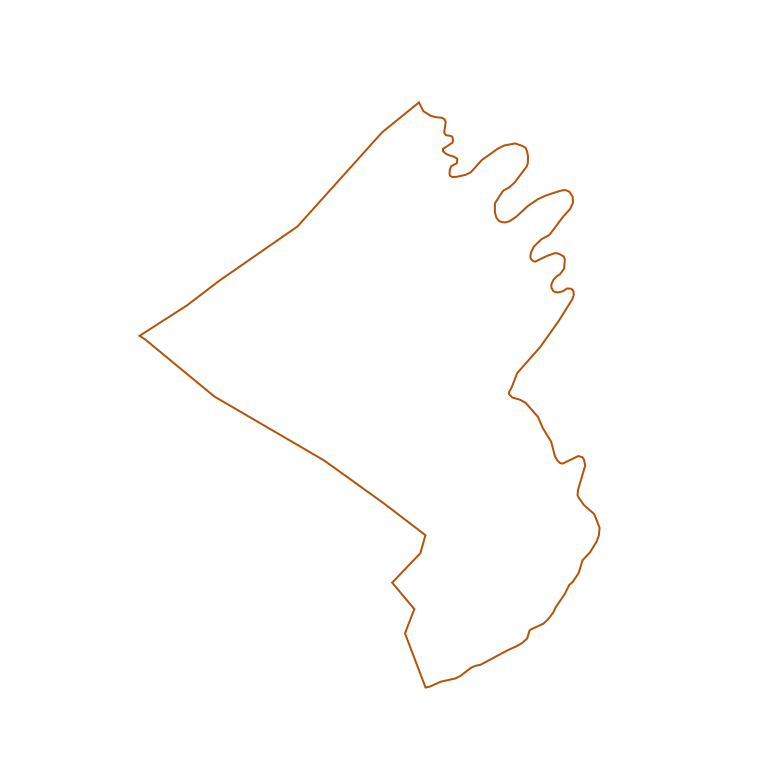 outline of Morgan, West Virginia, United States of America, rotated 106°
{"feature_id": "52423323B26366836110936", "entity_name": "Morgan", "entity_type": "district", "adm_level": 2, "iso_a3": "USA", "parent_name": "United States of America", "parent_adm1": "West Virginia", "projection": "mercator", "projection_center": [-78.31, 39.544], "detail": "fine", "context": "isolated", "style": "outline", "palette": "amber", "viewbox_px": 768, "rotation_deg": 106, "n_neighbors": 0, "source": "geoboundaries", "source_scale": "gbopen_adm2", "svg_char_len": 2122}
<svg xmlns="http://www.w3.org/2000/svg" viewBox="0 0 768 768"><g transform="rotate(106 384 384)"><path d="M103.7,428.0L142.6,455.2L256.4,510.6L330.6,571.2L362.3,594.7L405.1,632.3L406.9,626.1L442.8,543.6L474.0,420.5L498.7,351.5L517.9,302.5L536.6,302.4L572.7,321.4L592.0,292.8L617.9,295.1L664.3,260.4L662.5,256.9L654.6,247.5L647.3,234.1L643.7,230.2L635.1,223.9L632.6,222.0L629.7,218.4L627.2,213.7L606.7,192.7L605.8,191.7L598.8,183.5L595.1,180.0L589.1,176.2L581.2,176.2L579.6,175.4L570.5,164.8L564.7,161.3L557.0,158.3L552.0,157.6L536.8,152.6L525.8,150.4L522.6,148.2L512.2,144.8L498.8,144.6L488.8,139.5L477.2,136.3L470.6,135.7L462.9,137.1L452.4,145.0L450.7,146.9L445.3,158.4L439.8,165.3L437.5,167.3L432.7,168.3L406.9,168.1L401.5,171.0L399.6,173.4L399.7,177.4L411.2,190.2L411.5,192.7L409.7,196.3L406.4,199.7L393.4,207.4L382.5,219.3L373.2,226.9L363.1,242.6L361.6,249.2L361.6,257.0L359.4,260.9L357.2,261.6L351.8,260.3L336.9,259.0L305.3,244.0L299.2,241.8L275.4,233.5L273.0,232.8L250.3,226.3L246.2,226.1L242.3,227.6L240.8,230.2L241.7,234.3L245.7,237.8L248.1,242.1L248.4,245.2L247.8,247.1L245.5,249.5L242.2,250.6L237.0,249.8L232.4,247.4L230.2,245.2L223.6,242.7L214.4,244.5L211.9,246.3L210.7,251.4L210.7,254.3L211.3,256.1L216.1,262.8L224.6,272.3L224.8,274.1L223.6,276.8L221.6,278.3L217.3,279.0L210.5,277.8L201.5,272.6L195.1,266.1L173.7,257.9L164.1,253.2L157.4,252.3L151.9,254.4L148.1,258.8L147.6,262.6L148.4,265.4L150.3,268.7L157.8,279.9L164.0,287.1L173.7,295.1L186.5,302.8L193.1,308.3L195.6,312.9L195.8,318.1L193.1,321.8L188.7,324.6L179.8,327.2L166.4,323.1L164.7,322.2L161.0,318.2L154.4,314.0L135.6,306.8L132.1,306.6L125.6,308.3L121.4,310.3L118.0,312.9L117.0,316.4L116.6,324.3L121.6,334.2L126.8,339.8L141.9,351.8L156.6,358.9L160.6,363.5L164.7,371.0L166.3,375.6L165.5,378.1L163.4,379.1L159.7,379.8L156.0,379.4L151.7,374.8L147.4,375.6L146.2,379.1L146.2,383.6L145.8,387.4L144.2,391.3L141.7,392.2L137.2,388.1L133.0,384.7L130.6,384.7L127.7,386.4L127.1,388.4L127.5,390.7L127.7,393.2L125.8,395.5L115.4,396.8L112.9,398.8L112.1,401.6L113.2,407.6L113.3,413.0L110.9,421.4L103.7,428.0Z" fill="none" stroke="#b45309" stroke-width="2"/></g></svg>